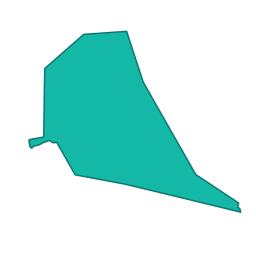 Veracruz, Copán, Honduras, rotated 172°
{"feature_id": "27666195B16497975413079", "entity_name": "Veracruz", "entity_type": "district", "adm_level": 2, "iso_a3": "HND", "parent_name": "Honduras", "parent_adm1": "Copán", "projection": "robinson", "projection_center": [-88.814, 14.889], "detail": "fine", "context": "isolated", "style": "filled", "palette": "teal", "viewbox_px": 256, "rotation_deg": 172, "n_neighbors": 0, "source": "geoboundaries", "source_scale": "gbopen_adm2", "svg_char_len": 1192}
<svg xmlns="http://www.w3.org/2000/svg" viewBox="0 0 256 256"><g transform="rotate(172 128 128)"><path d="M205.0,124.4L204.1,123.8L200.5,123.6L186.9,89.0L185.5,88.5L139.6,73.1L128.4,68.7L100.7,57.8L28.3,29.1L28.3,29.3L28.3,29.6L28.2,29.7L28.2,29.9L28.2,30.1L28.2,30.4L28.2,30.5L28.2,30.8L28.2,31.0L28.2,31.3L28.2,31.5L28.3,31.6L28.3,31.8L28.4,32.0L28.6,32.3L28.8,32.7L28.8,32.8L28.9,33.0L29.0,33.1L29.2,33.3L29.3,33.4L29.3,33.5L29.5,33.6L29.8,33.8L30.0,33.9L30.0,34.0L30.2,34.3L30.3,34.4L30.3,34.5L30.3,34.8L30.2,35.0L30.1,35.3L30.0,35.5L29.9,35.6L29.8,35.8L29.7,36.0L29.6,36.3L29.5,36.5L29.4,36.7L29.4,36.8L29.3,37.1L29.2,37.4L29.2,37.6L29.1,38.0L29.0,38.4L29.8,39.1L67.4,72.5L76.4,95.3L85.0,116.8L85.9,119.2L93.6,138.6L97.6,148.7L106.6,171.5L111.4,198.5L115.7,222.6L115.9,223.9L116.0,223.9L158.8,226.9L168.0,220.9L200.9,199.3L202.2,198.4L205.6,176.9L212.7,130.8L226.1,130.3L227.8,129.8L227.8,123.2L226.1,121.4L225.3,122.3L224.7,122.6L224.1,122.8L223.2,123.2L222.1,123.3L220.4,123.5L219.0,123.6L217.7,123.9L216.8,124.3L215.8,124.7L214.9,125.1L213.4,125.4L211.5,125.8L210.1,126.1L208.8,126.6L207.2,126.3L206.3,125.4L205.0,124.4Z" fill="#14b8a6" stroke="#0f766e" stroke-width="1.5"/></g></svg>